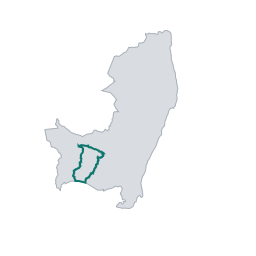 Loreto, Loreto, Peru (highlighted), rotated 231°
{"feature_id": "86281439B27227740990867", "entity_name": "Loreto", "entity_type": "district", "adm_level": 2, "iso_a3": "PER", "parent_name": "Peru", "parent_adm1": "Loreto", "projection": "albers", "projection_center": [-75.325, -3.761], "detail": "fine", "context": "in_parent", "style": "outline", "palette": "teal", "viewbox_px": 256, "rotation_deg": 231, "n_neighbors": 0, "source": "geoboundaries", "source_scale": "gbopen_adm2", "svg_char_len": 7802}
<svg xmlns="http://www.w3.org/2000/svg" viewBox="0 0 256 256"><g transform="rotate(231 128 128)"><path d="M179.8,78.1L179.7,78.8L178.9,79.1L178.1,78.7L177.0,78.8L175.3,77.2L171.3,77.5L169.5,79.3L166.8,79.6L163.9,80.5L160.6,80.8L155.4,83.7L154.2,84.8L151.9,86.5L150.0,87.1L149.0,92.3L147.1,95.4L146.4,97.1L147.4,99.6L147.4,100.8L146.3,101.8L145.5,101.9L143.7,103.0L141.0,105.3L140.6,107.1L141.4,109.4L141.1,109.7L138.9,110.1L139.0,111.4L138.5,111.9L140.4,113.8L141.4,114.3L141.5,114.7L141.3,115.2L140.9,115.4L140.8,115.8L142.2,117.2L143.1,120.0L145.1,121.4L145.1,122.3L145.6,123.2L146.6,123.8L149.0,126.6L149.0,127.9L146.6,130.9L150.6,130.9L155.0,131.9L155.6,132.4L156.1,133.7L156.2,134.6L157.1,135.3L157.0,137.0L162.8,137.0L166.5,136.6L172.7,131.7L173.6,131.3L173.1,132.3L173.0,133.1L173.3,134.0L172.6,135.2L172.5,147.3L173.6,146.6L175.0,147.8L176.1,147.8L179.4,146.5L183.3,146.7L192.2,162.5L191.4,163.6L191.5,164.4L190.4,165.1L189.2,166.3L189.1,172.5L188.2,174.4L188.7,175.4L189.2,177.4L190.0,178.6L190.2,179.3L190.1,179.6L188.9,180.3L188.8,181.4L186.5,183.6L186.1,185.1L185.2,185.6L185.1,187.3L187.1,190.0L185.8,191.6L184.6,194.1L186.6,199.2L187.4,199.9L188.3,199.9L189.6,200.3L190.3,201.1L188.7,202.0L188.4,202.4L188.5,204.1L186.7,205.3L184.3,208.5L183.6,208.7L182.4,209.6L182.2,210.1L182.4,210.6L183.4,211.5L183.5,212.7L181.8,214.1L180.6,214.2L180.1,214.6L180.6,216.6L180.6,217.5L180.2,218.5L179.3,219.6L176.7,220.8L174.4,220.9L170.4,218.0L169.1,216.8L165.2,214.3L164.6,211.7L163.2,210.4L160.8,209.5L158.9,208.1L157.4,207.5L153.8,204.6L150.6,203.6L144.5,200.5L141.2,199.5L137.0,196.6L134.7,195.8L132.9,194.4L127.3,191.6L126.5,190.6L125.6,189.2L124.4,188.4L123.0,186.4L120.9,185.3L119.0,183.8L116.5,179.7L115.4,178.7L115.3,176.9L114.5,176.0L115.7,175.4L116.4,172.5L116.0,171.0L113.2,167.1L112.7,165.5L110.6,162.5L109.9,160.7L108.2,159.4L107.5,158.3L106.6,157.8L106.6,156.4L105.9,153.8L105.0,152.5L101.7,150.0L101.4,147.3L100.7,145.4L96.1,137.8L93.4,130.5L91.2,126.4L90.3,124.1L90.2,122.8L88.5,120.7L87.6,118.7L83.9,114.9L81.7,110.6L81.4,109.4L80.0,107.0L77.6,104.0L76.4,102.8L69.2,99.1L65.9,96.8L65.5,95.6L65.6,95.0L66.4,94.3L67.4,94.8L68.0,94.6L68.5,93.7L68.5,92.5L67.8,90.8L65.5,87.7L66.1,86.3L63.8,82.6L64.3,79.1L64.8,78.2L68.3,74.5L69.2,73.0L70.7,72.0L72.2,70.6L74.0,69.4L74.6,69.8L75.1,71.7L75.0,73.0L75.5,74.4L74.3,75.8L72.9,75.5L72.4,75.8L72.2,76.4L72.4,77.4L72.8,77.8L73.8,77.8L72.4,79.7L72.5,80.1L73.5,80.5L74.4,80.0L75.4,78.9L76.0,78.7L79.5,80.6L81.1,80.3L82.3,81.2L82.5,82.5L84.3,85.2L86.9,85.8L87.3,85.6L87.9,84.6L88.4,84.4L88.6,82.9L90.8,81.4L91.1,80.3L90.8,79.6L90.9,79.0L92.2,75.5L92.6,75.1L93.0,74.0L93.5,73.3L94.2,69.4L94.9,69.5L95.5,70.4L96.2,70.1L95.8,69.3L95.9,69.0L98.4,65.8L99.2,65.2L111.3,60.9L117.3,56.5L122.6,50.3L124.2,44.1L124.9,44.5L125.9,44.4L125.5,41.9L125.8,40.7L125.7,40.3L124.1,38.8L123.4,37.2L122.0,36.2L122.0,35.9L123.6,36.2L124.9,36.1L126.1,35.1L127.0,35.2L129.0,36.6L130.5,36.7L130.9,37.7L132.4,38.4L134.4,40.6L135.3,42.9L135.2,43.3L136.1,44.6L138.1,45.2L140.1,46.9L142.1,47.4L143.0,49.0L143.6,49.5L143.8,50.4L143.5,51.4L143.8,52.0L145.3,52.9L146.6,52.9L146.9,53.4L147.6,55.9L147.1,57.2L147.3,58.0L149.0,58.6L149.5,59.2L150.8,59.3L152.7,58.7L155.1,59.5L156.9,59.2L157.7,59.0L158.6,58.5L159.3,58.5L161.1,56.9L161.6,56.7L163.6,57.5L165.3,58.6L167.3,58.4L168.2,57.7L169.7,57.3L172.3,58.7L172.9,59.4L173.7,59.5L176.5,60.9L177.0,61.4L178.6,62.0L178.9,62.4L178.8,62.9L172.0,73.4L174.1,74.3L176.0,73.8L177.0,74.5L177.7,76.2L179.3,77.4L179.8,78.1Z" fill="#d9dde1" stroke="#a8b0b8" stroke-width="1"/><path d="M123.3,93.2L124.0,93.2L124.3,93.1L124.4,92.9L124.5,92.8L125.0,92.9L125.3,92.8L125.8,92.5L126.2,92.3L126.3,92.1L126.6,92.2L127.0,91.7L127.3,91.3L127.7,90.9L127.9,90.9L128.2,90.9L128.5,91.1L128.8,91.1L129.1,90.8L129.4,90.6L129.9,90.5L130.2,90.4L132.1,89.4L132.3,88.9L132.6,88.6L132.8,88.5L133.9,88.0L134.3,87.9L135.0,87.4L135.3,87.4L135.7,87.2L136.0,87.2L136.6,86.9L136.8,86.7L136.8,86.3L136.8,86.2L137.3,86.0L137.7,85.5L137.9,85.4L138.2,85.3L138.6,85.4L138.8,85.5L139.1,85.6L139.2,85.8L139.3,85.9L139.4,85.7L139.6,85.5L139.7,85.4L139.6,85.1L139.9,84.6L140.1,84.5L140.3,84.3L140.5,84.2L140.7,83.9L141.0,83.7L141.3,83.3L141.6,83.1L141.9,83.1L142.1,83.0L142.3,82.8L142.5,82.5L142.6,82.2L142.9,81.9L143.4,81.6L143.6,81.2L143.8,81.0L144.1,80.9L144.1,80.7L144.2,80.3L144.4,80.1L144.5,79.9L144.5,79.4L144.5,79.2L144.2,78.9L144.5,78.5L144.9,78.2L145.0,78.2L144.7,78.0L144.4,78.3L144.0,78.5L143.9,78.9L143.3,79.0L143.1,79.3L142.8,79.5L141.8,80.1L141.6,80.1L141.0,80.2L140.6,80.1L140.3,80.1L140.2,80.0L139.8,79.5L139.5,79.5L139.3,79.4L139.2,79.3L139.2,78.9L138.0,78.1L137.7,77.7L137.6,77.4L137.2,76.2L137.2,75.6L137.1,75.2L136.8,74.7L136.7,74.5L136.6,74.3L136.5,74.1L136.3,74.0L136.2,74.0L135.8,73.9L135.5,73.5L135.4,73.3L135.1,73.1L134.9,72.7L134.7,72.6L134.4,72.6L134.2,72.6L133.9,72.5L133.9,72.4L133.6,72.5L133.0,71.8L131.7,70.5L131.6,70.4L131.6,70.2L131.6,69.9L131.5,70.0L131.3,70.0L131.4,69.8L131.2,69.6L131.2,69.4L131.1,69.2L130.9,68.7L130.7,68.7L130.4,68.5L130.3,68.4L130.2,68.2L130.3,67.8L130.3,67.7L130.1,67.6L129.9,67.6L129.7,67.4L129.5,67.5L129.4,67.4L129.2,67.3L128.9,67.3L128.6,67.3L128.5,67.2L128.4,67.1L128.3,66.9L128.2,66.6L128.3,66.5L128.2,66.3L128.3,66.1L128.2,65.9L128.1,65.6L128.0,65.3L128.0,65.2L127.8,65.1L127.8,64.9L127.9,64.6L128.0,64.5L127.9,64.4L128.0,64.2L128.2,63.6L128.2,63.2L128.3,62.9L128.3,62.5L128.3,62.1L128.6,61.9L128.7,61.7L128.9,61.4L128.8,61.2L128.8,60.9L128.7,60.9L128.5,60.5L128.5,60.4L128.7,60.2L128.8,60.3L128.9,60.2L128.9,59.8L128.9,59.5L128.9,59.3L128.8,59.0L128.8,58.9L128.6,58.9L128.2,58.7L127.8,58.3L127.7,58.3L127.6,58.1L127.4,58.1L127.0,58.0L126.8,57.5L126.7,57.3L126.6,57.2L126.5,56.9L126.2,56.7L125.9,56.5L125.9,56.3L125.9,56.1L125.8,55.9L125.7,55.7L125.5,55.2L125.4,55.1L125.0,55.1L124.8,55.2L124.4,55.2L124.2,55.4L123.9,55.5L123.9,55.4L123.7,55.2L123.1,55.1L122.9,55.0L122.6,54.7L122.2,54.8L122.0,54.7L121.8,54.5L121.6,54.5L121.3,54.4L120.8,54.4L120.7,54.2L120.5,53.5L120.4,53.3L120.5,53.1L117.8,56.4L112.7,60.3L113.0,60.4L113.1,60.5L113.1,60.9L113.0,61.1L113.3,61.2L113.4,61.3L113.5,61.5L113.7,61.8L113.9,61.9L114.0,62.1L114.3,62.4L114.2,62.5L114.3,62.6L114.5,62.7L114.7,63.3L115.0,63.4L115.0,63.5L115.1,63.8L115.0,64.0L115.0,64.3L114.8,64.3L114.7,64.4L114.7,64.6L114.6,64.8L114.6,65.1L114.7,65.4L114.6,65.5L114.6,65.9L114.6,66.3L114.4,66.5L114.2,66.6L114.3,66.8L114.6,67.0L114.5,67.3L114.6,67.5L114.8,67.6L114.8,67.9L114.9,68.0L115.0,68.3L115.0,68.5L115.3,68.7L115.4,69.0L115.5,69.2L115.4,69.4L115.5,69.5L115.6,69.8L115.5,70.2L115.7,70.3L115.9,70.6L116.1,70.7L115.9,71.0L115.6,71.1L115.7,71.3L115.8,71.5L115.8,71.8L115.3,72.0L115.2,72.2L114.9,72.3L115.0,72.4L115.1,72.5L115.2,72.4L115.2,72.5L115.3,72.6L115.4,72.8L115.3,73.0L115.5,73.1L115.6,72.9L115.7,73.0L115.7,73.4L115.8,73.5L116.0,73.7L116.0,73.9L116.1,74.1L116.1,74.4L116.1,74.6L116.1,74.8L116.4,74.9L116.7,75.1L116.8,75.3L116.8,75.6L117.0,75.9L117.3,76.0L117.4,76.3L117.5,76.5L117.6,76.8L117.5,77.2L117.5,77.4L117.5,77.5L118.0,77.8L118.1,78.2L118.1,78.4L117.9,78.6L118.0,78.9L118.3,79.2L118.4,79.3L118.5,79.4L118.8,79.5L119.3,79.8L119.6,80.0L119.5,80.3L119.4,80.6L119.5,80.9L119.5,81.1L119.3,81.5L119.7,81.6L119.8,82.0L119.7,82.3L119.8,82.6L120.2,82.8L120.9,83.1L121.0,83.3L121.1,83.6L121.0,83.8L121.6,84.2L121.6,84.3L121.4,84.5L121.4,84.8L121.5,85.0L121.9,85.1L122.0,85.1L122.3,85.0L122.5,85.2L123.0,85.2L123.4,85.3L123.9,85.6L124.1,85.7L124.3,85.9L124.5,86.3L124.3,86.3L123.9,86.3L123.6,86.4L123.4,86.6L123.2,87.0L122.2,87.8L122.4,88.2L122.4,88.3L122.3,88.6L122.0,88.6L122.0,88.8L122.1,89.1L121.8,89.4L121.8,89.6L121.8,89.9L122.1,90.3L122.1,90.6L121.9,90.9L121.9,91.0L122.0,91.1L122.3,91.3L122.2,91.4L122.2,91.5L122.8,91.7L123.1,91.8L123.3,91.8L123.8,91.7L123.6,92.1L123.5,92.6L123.4,93.0L123.3,93.2Z" fill="none" stroke="#0f766e" stroke-width="2"/></g></svg>